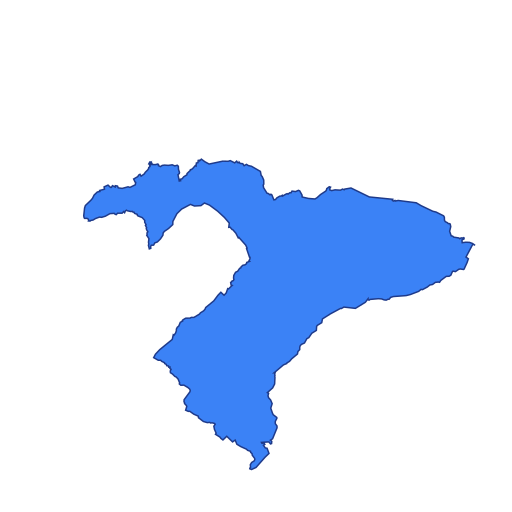 Jocotepec, Jalisco, Mexico (Albers equal-area conic projection), rotated 134°
{"feature_id": "50627088B19235204085767", "entity_name": "Jocotepec", "entity_type": "district", "adm_level": 2, "iso_a3": "MEX", "parent_name": "Mexico", "parent_adm1": "Jalisco", "projection": "albers", "projection_center": [-103.393, 20.289], "detail": "fine", "context": "isolated", "style": "filled", "palette": "blue", "viewbox_px": 512, "rotation_deg": 134, "n_neighbors": 0, "source": "geoboundaries", "source_scale": "gbopen_adm2", "svg_char_len": 6148}
<svg xmlns="http://www.w3.org/2000/svg" viewBox="0 0 512 512"><g transform="rotate(134 256 256)"><path d="M106.4,177.7L117.3,192.3L119.7,194.0L119.5,194.6L121.0,195.3L121.3,196.5L120.2,197.0L134.8,215.5L141.1,234.9L146.3,238.7L147.1,238.6L147.7,240.2L150.0,241.0L153.5,245.1L156.4,247.0L157.2,248.8L156.2,249.8L154.7,250.2L155.3,251.4L158.4,251.9L160.0,251.0L161.2,251.0L167.0,252.3L171.7,252.6L174.0,253.2L178.2,258.3L181.5,263.8L180.2,265.2L179.7,266.8L178.8,269.8L179.3,271.1L182.2,272.3L184.3,275.2L186.2,274.7L186.9,275.6L189.2,276.0L189.5,276.9L190.6,277.4L194.4,278.5L194.1,279.3L195.2,279.4L196.5,280.5L199.8,281.4L201.8,281.2L203.2,282.1L201.0,287.1L201.2,288.2L202.3,288.4L202.5,290.6L203.2,291.6L201.6,298.0L200.0,300.1L198.9,300.3L196.0,303.2L194.6,306.6L194.4,308.3L192.1,311.6L194.6,321.6L196.3,324.4L196.7,326.5L199.3,327.3L198.8,329.7L200.4,331.7L200.2,333.3L200.7,333.0L201.6,334.1L201.2,335.8L203.8,336.0L205.3,340.8L207.2,341.8L210.9,345.8L222.4,353.6L223.7,358.2L224.3,362.6L226.4,362.6L226.1,363.0L227.4,364.0L229.2,362.6L230.5,363.5L232.9,361.6L233.1,362.5L237.6,362.3L239.5,363.1L239.7,362.7L244.6,362.9L245.6,362.1L249.1,363.0L251.8,362.8L253.4,363.8L254.2,362.5L255.4,363.3L251.7,368.6L250.0,368.5L249.1,369.0L247.5,372.0L245.4,374.2L245.4,375.7L247.6,377.0L248.6,379.6L251.7,382.0L254.2,385.0L256.0,386.4L258.0,386.8L258.8,389.0L258.0,389.6L258.0,390.5L260.2,391.9L262.3,394.2L261.6,395.3L261.5,397.0L262.1,397.7L264.3,397.1L264.0,396.0L262.1,396.1L263.6,395.1L264.9,395.2L265.3,394.4L266.9,394.6L267.7,394.0L269.3,393.7L272.7,393.8L274.6,393.4L278.4,394.1L277.8,396.2L279.3,396.6L281.0,396.2L285.6,397.5L286.8,394.4L286.6,393.7L288.6,392.3L294.2,394.3L295.1,396.1L300.3,399.2L302.7,402.4L301.9,404.2L303.1,406.0L304.2,405.2L305.1,408.1L307.1,407.7L307.7,408.3L307.8,411.7L311.8,413.3L313.2,411.4L317.5,414.0L318.0,413.1L320.2,414.6L324.6,414.8L328.0,413.7L330.5,413.5L338.2,413.8L340.5,412.7L346.7,407.9L347.9,406.2L348.0,405.4L346.3,403.7L346.0,402.2L346.4,401.3L347.2,400.9L346.1,399.6L345.3,399.6L343.3,398.2L340.6,397.5L336.7,395.6L335.4,393.9L332.0,392.0L327.0,390.5L323.8,387.6L323.9,386.8L323.4,385.3L321.4,385.3L318.1,382.0L316.0,382.1L316.1,380.6L314.3,381.3L313.0,381.0L312.9,380.1L311.0,377.0L309.8,375.9L309.9,375.0L309.2,374.1L309.7,373.0L308.5,370.3L309.1,369.7L309.2,368.9L307.4,364.5L307.7,360.7L309.0,359.6L309.9,356.8L310.8,356.8L311.6,354.4L312.4,354.1L313.1,352.9L313.7,350.6L315.2,350.4L316.2,349.2L317.0,349.0L317.9,345.1L320.8,342.9L321.9,341.4L323.0,340.9L325.0,337.7L323.6,337.0L322.3,338.4L321.0,338.8L319.3,337.2L316.9,337.9L314.4,336.7L310.0,336.6L305.7,337.4L303.9,338.8L301.9,339.0L297.0,338.0L291.2,337.7L288.9,339.8L280.5,342.3L273.9,342.1L264.4,339.0L262.8,335.0L258.0,330.6L253.7,329.9L251.7,324.8L250.4,314.7L250.2,305.5L250.9,298.1L254.3,295.5L253.3,294.6L253.6,291.7L253.2,291.1L253.6,286.3L255.3,281.3L253.8,281.0L254.4,281.1L254.6,280.4L255.3,271.0L256.5,267.9L257.2,268.0L261.4,259.8L261.1,259.4L262.2,258.4L264.4,257.7L264.3,256.9L267.1,258.2L268.0,257.5L270.1,257.8L271.7,259.0L274.1,259.2L275.1,258.7L276.2,259.2L279.7,258.6L281.9,259.4L285.4,258.5L287.5,256.8L288.3,255.5L289.5,255.3L290.8,255.9L291.8,255.6L292.6,255.9L294.2,253.7L293.7,252.7L298.8,252.9L299.1,253.7L303.2,251.8L306.4,251.7L306.4,251.0L306.5,256.1L310.6,256.1L317.6,255.2L328.0,256.4L329.7,255.7L331.9,255.6L335.5,256.5L337.0,256.3L343.3,258.0L345.1,259.9L346.5,260.3L349.6,263.4L352.7,264.2L353.5,264.2L353.8,263.6L356.3,264.4L360.0,262.9L362.0,263.1L363.9,262.5L365.2,261.3L367.4,260.3L370.0,260.0L370.1,260.8L374.2,258.3L390.3,260.2L396.5,260.1L400.2,259.0L398.9,253.9L397.2,252.1L397.3,250.7L396.3,247.7L396.8,247.0L396.3,245.3L396.9,244.0L395.9,242.5L396.6,241.6L395.6,240.7L396.7,239.8L396.5,238.4L398.3,237.8L399.4,236.5L398.9,234.1L399.0,230.8L398.5,229.5L398.6,226.7L400.3,222.8L401.3,222.3L401.2,220.3L399.0,218.2L397.9,213.5L397.8,211.4L398.3,210.0L399.5,209.2L409.3,207.9L410.9,206.5L411.2,205.3L411.8,204.9L411.9,202.2L412.3,201.3L415.8,199.5L414.8,196.8L413.7,195.7L413.0,190.9L411.3,186.3L412.3,185.0L411.6,178.9L409.7,175.3L407.8,173.7L407.7,172.7L406.4,171.6L405.2,169.4L405.4,168.5L407.7,168.1L409.6,165.4L411.1,161.6L412.4,161.3L411.3,156.1L411.6,154.6L411.3,152.0L406.0,151.8L406.0,143.7L402.9,143.1L404.7,139.0L403.7,134.6L401.6,128.7L401.6,127.0L400.3,124.3L401.0,123.4L400.9,121.6L401.9,120.3L402.5,116.4L403.3,115.4L404.7,115.0L407.6,115.7L410.1,115.1L411.8,113.1L412.8,113.1L413.4,112.7L412.7,110.9L408.1,109.1L394.4,109.7L389.0,109.5L386.6,114.5L387.6,116.0L387.0,119.2L385.4,118.8L385.0,120.4L386.6,121.6L386.3,122.6L381.3,118.1L380.8,117.4L381.1,115.0L380.1,114.5L378.4,115.9L378.5,117.7L376.0,117.1L365.0,121.5L363.7,122.8L363.2,125.6L362.4,126.5L361.4,127.3L358.3,128.2L357.7,128.9L358.2,133.4L357.5,135.2L355.2,139.7L351.0,141.8L349.4,145.5L349.2,148.5L348.2,150.3L346.1,151.5L346.4,152.9L339.3,152.4L335.1,153.7L330.1,158.1L329.4,159.1L328.7,159.4L327.9,160.6L326.6,161.2L327.3,161.8L315.2,160.6L312.0,159.2L311.5,159.5L308.5,158.7L305.2,158.9L297.7,158.1L295.6,159.5L293.0,159.5L291.1,161.3L289.7,161.9L288.0,161.9L284.9,160.7L280.1,162.0L278.1,161.3L272.8,162.2L267.6,160.9L264.5,163.5L263.3,163.7L258.3,162.4L255.1,164.5L246.0,162.3L235.0,158.8L234.5,158.1L231.7,157.3L224.6,148.1L213.3,145.2L208.9,145.7L209.6,144.9L209.2,144.0L208.0,143.8L201.7,138.3L199.6,135.8L198.6,133.4L197.3,131.7L195.4,131.0L194.7,130.2L192.2,130.4L189.7,129.0L180.2,120.5L176.5,118.2L168.4,114.4L165.4,114.1L164.6,112.9L159.3,111.2L156.1,110.8L153.8,109.2L150.4,108.7L148.1,106.8L147.4,105.7L145.2,106.1L138.5,105.0L136.4,103.0L134.5,102.5L130.7,103.9L130.0,103.7L128.7,101.7L124.7,100.9L123.4,100.0L121.5,97.3L120.9,97.2L114.1,99.6L110.5,101.3L110.9,104.2L96.7,108.3L96.3,106.0L96.2,106.3L96.6,109.0L97.9,111.9L100.4,114.7L103.2,116.9L101.4,119.0L99.3,118.2L98.5,118.8L98.5,119.3L99.6,119.6L99.8,120.4L100.9,121.2L102.0,121.4L102.1,122.6L105.1,126.9L105.1,128.3L105.9,129.6L103.7,133.9L99.6,136.3L98.1,138.5L98.3,139.3L99.1,140.2L99.1,141.5L99.8,143.7L99.4,145.2L97.2,147.5L96.8,149.0L99.3,157.0L101.0,159.9L105.1,172.2L106.4,177.7Z" fill="#3b82f6" stroke="#1e3a8a" stroke-width="1.5"/></g></svg>